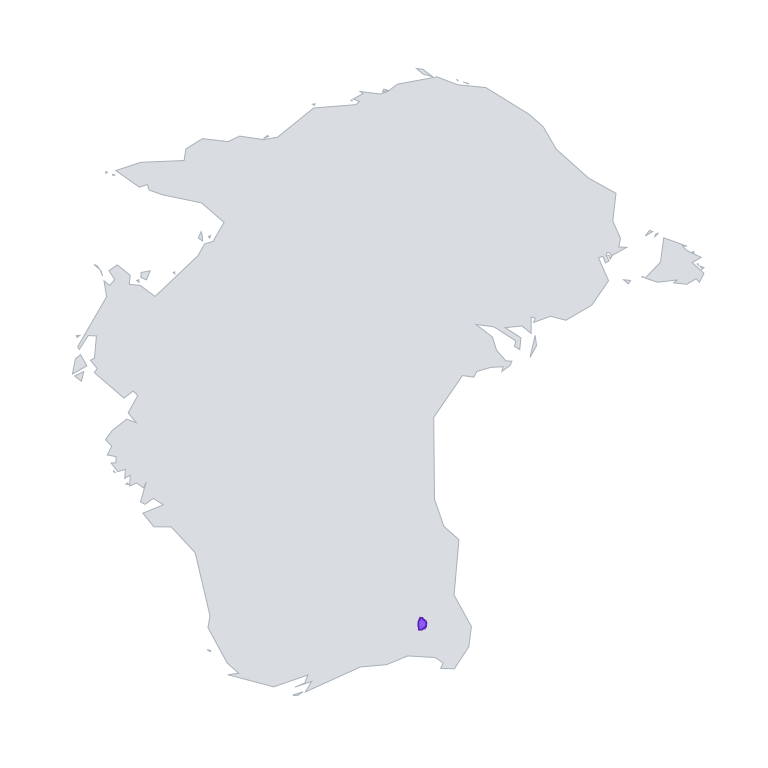 Corrigin, Western Australia, Australia shown in context, rotated 274°
{"feature_id": "25037944B17845862979070", "entity_name": "Corrigin", "entity_type": "district", "adm_level": 2, "iso_a3": "AUS", "parent_name": "Australia", "parent_adm1": "Western Australia", "projection": "orthographic", "projection_center": [117.705, -32.376], "detail": "fine", "context": "in_parent", "style": "filled", "palette": "violet", "viewbox_px": 768, "rotation_deg": 274, "n_neighbors": 0, "source": "geoboundaries", "source_scale": "gbopen_adm2", "svg_char_len": 5712}
<svg xmlns="http://www.w3.org/2000/svg" viewBox="0 0 768 768"><g transform="rotate(274 384 384)"><path d="M588.1,125.7L593.0,169.0L604.7,170.0L616.1,185.8L614.9,211.7L621.2,222.6L619.4,246.8L622.8,260.6L654.4,294.5L660.7,336.6L664.1,339.8L666.2,333.4L672.2,342.8L674.1,339.8L673.0,360.0L676.0,367.2L684.0,376.5L694.1,415.4L687.6,436.6L686.8,464.9L663.3,509.7L651.7,524.9L630.3,539.4L603.6,573.8L590.4,602.1L562.5,600.9L545.6,609.8L537.2,608.5L537.2,616.5L527.9,602.2L530.5,600.2L530.5,597.4L528.2,596.6L522.5,600.0L520.3,596.4L526.7,593.4L524.8,589.2L502.7,600.8L477.3,585.9L460.3,561.1L463.2,545.3L455.8,528.9L460.2,530.4L461.0,526.1L444.8,527.2L451.5,517.6L448.7,501.0L439.6,517.4L427.8,517.0L430.8,511.5L436.1,512.5L448.6,489.9L449.9,471.5L438.4,488.9L425.4,494.0L415.6,504.0L415.7,510.0L411.2,508.4L404.8,500.7L409.5,501.5L408.1,489.6L403.0,475.7L397.1,473.1L397.9,461.7L354.1,435.9L272.7,442.4L246.1,453.7L233.9,469.6L178.4,468.6L148.1,488.1L127.9,487.0L104.8,474.0L104.3,460.4L109.9,462.5L114.7,454.2L114.4,426.7L104.2,406.1L100.1,380.3L71.4,327.1L82.2,332.5L75.4,316.3L80.2,325.8L88.4,328.4L74.2,295.1L83.1,248.5L85.3,259.3L94.7,247.1L128.6,225.4L140.6,226.6L202.6,207.4L226.6,181.7L225.5,164.3L238.3,152.5L248.1,172.2L253.8,161.9L247.3,153.9L249.5,149.3L269.8,153.7L263.5,151.5L268.0,144.2L264.5,137.4L275.5,137.2L271.7,132.0L280.8,131.9L278.0,124.6L286.2,117.2L286.6,122.0L292.9,121.9L293.9,112.9L302.8,116.8L309.0,110.1L318.5,115.9L330.9,129.7L328.1,139.6L337.4,130.8L355.5,139.2L359.5,134.2L351.8,125.6L375.2,94.2L379.4,96.9L387.2,89.5L389.6,93.4L411.9,93.8L411.7,85.6L397.2,77.6L399.7,75.8L451.7,101.2L467.4,97.5L463.2,103.4L469.4,108.2L477.8,101.7L484.2,109.6L474.8,123.2L465.7,122.9L465.3,133.9L455.4,149.5L499.0,189.5L511.2,195.2L514.3,203.5L534.1,213.2L551.9,189.4L557.2,150.4L561.0,136.2L566.5,134.0L563.2,126.4L578.2,101.6L588.1,125.7ZM507.9,637.2L524.8,651.3L549.4,652.9L542.5,676.8L542.6,672.1L538.5,676.4L532.4,691.6L526.7,682.9L516.7,695.5L507.4,691.5L510.8,688.1L504.6,679.0L505.1,666.0L508.2,669.2L504.6,649.9L507.9,637.2ZM372.1,72.5L387.6,74.4L392.1,79.2L381.4,86.3L372.1,72.5ZM420.7,527.8L443.0,531.4L432.8,533.5L420.7,527.8ZM478.3,133.9L480.6,142.9L471.3,139.8L473.3,134.1L478.3,133.9ZM693.9,411.2L695.9,401.3L701.0,394.4L700.7,400.7L693.9,411.2ZM549.9,634.2L555.7,638.2L554.8,641.5L549.9,634.2ZM370.4,74.8L375.5,83.6L365.6,82.0L370.4,74.8ZM504.5,622.7L501.0,620.8L504.7,615.7L504.5,622.7ZM523.2,190.9L518.6,192.5L514.0,193.0L516.7,188.6L523.2,190.9ZM71.3,324.7L67.5,320.0L67.0,315.4L67.6,315.2L71.3,324.7ZM552.3,644.3L553.9,647.3L549.9,644.0L552.3,644.3ZM675.3,362.2L678.2,363.2L677.2,367.5L675.3,362.2ZM620.5,246.7L623.8,250.4L622.9,251.7L620.5,246.7ZM523.5,691.2L522.5,695.1L520.5,693.2L523.5,691.2ZM690.8,441.9L689.5,447.4L689.2,447.1L690.8,441.9ZM411.4,77.3L409.0,74.7L410.7,73.7L411.4,77.3ZM482.1,89.3L478.2,92.8L483.0,86.3L482.1,89.3ZM693.0,435.7L691.2,436.9L692.6,435.4L693.0,435.7ZM481.3,167.3L479.2,167.7L480.5,165.9L481.3,167.3ZM470.9,132.3L468.3,132.3L470.1,130.0L470.9,132.3ZM106.8,226.0L106.0,229.6L104.8,229.3L106.8,226.0ZM574.2,98.6L573.8,101.4L573.0,99.1L574.2,98.6ZM527.8,598.0L527.7,600.0L527.2,599.2L527.8,598.0ZM477.1,93.8L472.0,95.8L477.3,93.1L477.1,93.8ZM278.5,120.4L276.5,122.4L277.8,120.1L278.5,120.4ZM525.9,688.9L524.4,689.3L525.6,688.1L525.9,688.9ZM520.0,200.6L517.3,199.9L518.9,198.5L520.0,200.6ZM267.5,135.2L266.1,136.2L266.1,133.5L267.5,135.2ZM537.8,683.7L535.7,684.2L537.0,682.3L537.8,683.7ZM576.4,91.4L576.0,93.2L574.7,92.0L576.4,91.4ZM526.0,600.2L527.3,602.4L524.5,601.1L526.0,600.2ZM658.7,295.6L657.1,295.2L658.1,293.2L658.7,295.6ZM664.9,332.6L664.1,332.3L665.1,330.8L664.9,332.6ZM509.6,634.6L508.7,635.9L508.8,633.9L509.6,634.6Z" fill="#d9dde1" stroke="#a8b0b8" stroke-width="1"/><path d="M142.0,439.6L142.0,439.8L142.3,439.9L142.5,439.9L142.8,439.9L142.8,440.1L142.9,440.3L142.9,440.5L142.9,440.8L143.0,440.8L143.1,441.0L143.4,441.1L143.3,441.3L143.5,441.2L143.5,441.4L143.6,441.5L143.7,441.8L143.7,442.0L143.9,442.0L144.1,442.0L144.4,442.2L144.6,442.2L144.6,442.3L144.7,442.7L144.7,442.8L144.7,443.0L144.9,443.0L144.9,442.9L145.1,442.9L145.3,442.9L145.5,442.8L145.5,442.6L145.7,442.8L145.9,442.8L146.1,442.9L146.1,442.6L146.1,442.8L146.4,442.8L146.4,442.7L146.5,442.7L146.8,442.7L146.7,442.9L147.2,442.9L147.6,442.9L147.9,443.1L148.1,443.1L148.5,443.1L148.8,443.1L148.8,442.9L148.8,442.5L149.1,442.5L149.4,442.5L149.9,442.5L150.2,442.4L150.3,442.4L150.5,442.4L150.5,442.0L150.6,441.5L150.6,441.3L150.6,441.1L150.9,441.0L150.9,440.9L151.3,440.8L151.7,440.8L151.7,440.1L151.6,439.7L151.8,439.7L151.8,439.8L151.9,439.6L152.2,439.3L152.3,439.2L152.6,439.0L152.8,439.1L152.9,438.6L153.2,438.6L153.5,438.6L153.5,438.3L153.4,438.2L153.2,438.0L153.2,437.6L153.2,437.2L153.3,437.2L153.3,436.6L153.5,436.6L153.5,436.3L153.4,436.3L153.2,436.3L152.7,436.3L152.5,436.2L152.2,436.2L152.2,436.3L152.0,436.2L151.9,436.2L151.5,436.2L151.6,435.9L151.7,435.7L151.2,435.6L150.9,435.6L150.6,435.6L150.6,435.2L150.3,435.2L150.2,435.2L149.7,435.1L149.4,435.0L149.2,435.0L149.2,434.9L148.8,434.9L148.7,434.9L148.3,434.9L148.2,434.9L147.7,434.9L147.3,434.8L147.3,435.0L147.1,435.2L146.4,435.0L145.9,435.0L145.5,435.0L145.4,435.0L145.1,435.0L144.7,435.0L144.6,435.3L144.4,435.3L144.4,435.5L144.2,435.5L143.8,435.5L143.4,435.6L143.4,435.8L143.2,435.8L143.0,435.7L142.7,435.7L142.7,435.8L142.3,435.8L142.3,435.7L142.1,435.7L142.0,435.8L141.7,435.8L141.5,435.7L141.4,435.7L141.4,436.0L141.2,436.2L141.2,436.3L141.2,436.5L141.2,436.8L141.3,436.8L141.3,437.0L141.3,437.3L141.3,437.5L141.3,437.8L141.3,438.0L141.5,438.1L141.5,438.3L141.5,438.5L141.5,438.8L141.5,439.0L142.0,439.1L142.0,439.3L142.0,439.5L142.0,439.6Z" fill="#8b5cf6" stroke="#5b21b6" stroke-width="1.5"/></g></svg>